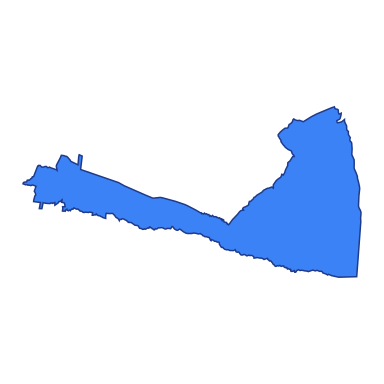 San Francisco Tetlanohcan, Tlaxcala, Mexico (Equal Earth projection)
{"feature_id": "50627088B55823705242599", "entity_name": "San Francisco Tetlanohcan", "entity_type": "district", "adm_level": 2, "iso_a3": "MEX", "parent_name": "Mexico", "parent_adm1": "Tlaxcala", "projection": "equal_earth", "projection_center": [-98.111, 19.261], "detail": "fine", "context": "isolated", "style": "filled", "palette": "blue", "viewbox_px": 384, "rotation_deg": 0, "n_neighbors": 0, "source": "geoboundaries", "source_scale": "gbopen_adm2", "svg_char_len": 5992}
<svg xmlns="http://www.w3.org/2000/svg" viewBox="0 0 384 384"><path d="M82.2,156.1L79.2,154.7L79.1,154.9L78.7,156.8L78.0,164.8L70.7,161.3L70.3,160.3L68.0,157.6L66.7,156.4L65.3,156.2L63.9,155.6L61.3,155.3L60.3,157.8L56.5,165.1L56.3,166.8L56.8,168.3L57.0,170.4L56.1,169.6L50.5,167.7L49.6,167.1L49.0,167.4L47.7,167.7L46.4,166.5L44.9,166.5L43.5,167.1L41.7,167.1L40.1,165.4L38.7,165.4L38.5,166.0L37.7,166.0L33.6,176.6L32.4,176.8L32.1,177.2L31.7,178.4L30.9,178.6L29.5,180.1L28.8,180.3L28.4,180.0L27.2,180.2L27.0,180.6L26.9,181.5L26.6,181.8L26.2,182.0L25.1,182.0L23.5,182.5L23.0,183.8L25.6,184.8L27.1,184.6L27.9,185.2L29.1,185.1L30.9,185.6L32.3,185.0L33.1,185.1L36.0,186.3L34.3,191.3L35.1,192.5L35.6,193.9L35.6,195.2L34.8,196.0L33.7,200.4L33.6,201.6L40.4,202.5L39.3,208.6L41.9,208.7L43.1,202.7L45.8,203.3L50.0,203.6L50.8,203.0L51.7,203.1L52.0,202.9L52.6,203.4L54.8,202.5L54.9,205.2L58.2,202.9L59.1,201.5L59.8,201.5L61.0,201.0L61.4,200.3L62.0,199.8L61.9,201.3L61.6,202.3L63.6,202.7L64.4,203.1L65.1,206.4L65.0,206.7L62.6,206.7L62.8,208.5L62.4,211.0L62.9,211.2L64.3,211.0L65.2,211.3L65.5,210.8L65.6,210.0L66.3,209.8L66.8,209.3L66.9,209.9L68.2,210.8L69.5,210.1L70.2,210.7L70.4,210.2L71.1,209.9L71.7,209.1L72.8,209.2L73.1,208.7L73.5,208.7L73.7,208.1L74.1,207.9L76.3,209.1L78.1,209.1L80.1,211.1L80.9,211.1L82.4,211.7L83.1,212.4L84.4,212.5L85.2,212.1L88.6,212.5L89.3,212.1L90.9,212.3L92.6,212.7L92.2,215.2L92.9,215.3L94.6,214.8L95.8,214.9L96.0,214.1L96.3,213.9L97.9,215.5L100.2,216.0L101.2,216.7L102.3,217.1L102.9,217.6L105.7,218.4L105.7,215.6L106.2,213.3L109.2,213.6L112.4,213.4L113.5,214.2L114.9,215.8L116.0,217.4L116.6,217.8L117.5,218.1L118.7,219.4L119.3,220.6L119.7,219.5L121.5,219.4L122.1,218.7L123.7,219.0L125.1,219.9L126.6,220.5L127.3,221.4L127.9,221.7L128.3,222.4L129.2,222.3L130.0,222.6L131.0,222.4L134.9,225.2L137.8,225.6L138.3,226.1L139.6,228.3L141.1,228.5L142.5,229.3L143.6,229.3L144.4,228.8L145.0,229.2L145.6,229.2L147.8,227.9L148.8,228.2L149.4,227.7L149.5,227.0L150.0,226.9L150.6,227.7L151.6,228.0L152.2,228.8L153.0,229.0L153.6,229.7L154.6,229.8L155.0,229.1L155.4,228.8L156.4,229.0L157.3,228.7L158.2,227.8L159.4,227.9L161.6,227.6L163.2,228.0L164.4,228.8L165.4,229.0L166.0,229.0L167.8,228.3L170.6,228.7L171.5,227.5L171.6,227.0L172.1,226.5L172.7,226.7L173.1,227.1L174.4,228.9L176.0,229.9L177.1,230.3L178.1,230.1L179.4,229.1L180.2,229.3L183.3,231.7L185.6,233.0L187.4,233.5L191.8,233.5L193.3,233.1L194.8,233.1L198.7,234.0L200.3,233.5L201.3,234.4L202.3,234.8L202.9,235.7L204.1,236.1L204.9,236.7L206.2,236.7L208.5,237.4L208.9,237.3L209.3,237.7L210.6,240.4L211.1,240.7L211.4,239.6L213.1,240.2L214.6,241.3L216.2,241.4L216.9,242.0L217.7,242.1L218.8,242.1L219.3,242.7L219.3,244.0L221.0,246.9L221.9,247.5L222.9,247.4L223.7,248.5L224.8,249.3L227.0,249.9L227.9,249.6L229.8,250.5L233.8,250.6L235.1,249.6L235.6,250.3L235.9,251.5L236.2,251.9L237.3,252.2L238.8,252.0L240.2,254.1L241.1,255.0L242.8,255.0L244.0,254.4L245.8,255.1L246.5,255.8L247.3,255.8L248.8,255.1L249.9,255.6L251.6,255.3L253.0,256.1L253.9,257.0L254.0,258.1L256.3,257.8L256.8,257.5L260.0,258.1L261.8,258.1L262.7,258.7L263.3,258.8L264.0,259.5L267.4,258.3L267.6,258.4L267.6,259.1L268.1,259.7L268.6,260.1L269.1,260.2L269.3,260.8L269.9,261.1L270.6,260.8L270.9,261.0L271.6,261.7L271.7,262.2L272.3,262.6L272.8,263.7L273.3,264.3L274.1,264.7L274.3,265.3L275.3,266.3L276.1,266.3L277.6,265.6L278.4,266.0L279.2,265.9L279.9,265.4L281.2,266.4L283.3,265.8L283.7,266.0L284.0,266.9L284.9,267.5L285.8,267.4L286.1,267.9L286.8,267.7L287.1,267.9L287.3,268.9L287.7,269.1L288.6,268.7L289.6,269.3L290.6,269.3L290.9,270.0L290.6,270.7L291.1,271.4L293.0,271.3L294.2,270.5L294.5,270.9L294.7,272.2L295.7,272.2L297.0,270.4L298.7,269.7L299.6,270.4L300.3,270.5L301.7,270.2L305.4,271.0L306.2,270.9L308.3,271.6L312.7,270.1L315.4,270.9L317.0,270.3L319.7,271.4L321.5,271.2L322.3,271.9L322.7,272.8L326.2,274.1L327.7,275.0L328.5,274.3L331.8,275.7L338.7,277.2L356.7,276.7L360.8,221.9L360.6,217.9L360.9,215.0L361.0,212.3L360.3,210.2L359.2,208.3L358.7,207.0L358.5,205.5L358.9,196.0L359.7,188.7L359.5,186.7L358.5,182.1L357.4,178.0L357.4,176.5L356.2,173.1L354.4,169.1L354.1,167.7L354.2,163.0L354.1,159.8L351.8,154.6L352.1,148.8L351.7,143.1L351.4,142.2L350.2,141.2L349.8,139.3L350.3,137.7L348.5,134.8L348.3,132.8L348.4,131.5L346.7,129.7L346.6,125.9L344.7,122.0L344.5,121.1L344.5,119.5L341.6,121.9L337.7,122.8L337.2,122.5L336.9,121.4L336.9,120.6L339.6,119.2L340.2,118.2L341.0,115.2L341.2,113.2L339.3,114.1L339.0,114.0L338.4,112.4L338.2,109.9L337.7,109.4L335.6,108.9L335.0,108.6L334.4,106.8L331.2,107.9L316.6,114.0L311.4,116.7L303.3,121.7L299.4,120.3L297.5,120.6L295.2,119.9L293.8,118.9L293.0,119.6L292.5,121.5L291.8,122.5L290.8,123.5L289.1,124.5L288.0,127.7L287.3,128.1L285.0,128.2L282.5,130.1L280.4,132.0L278.2,134.6L278.2,136.0L279.0,137.1L279.5,138.3L280.9,140.1L281.0,141.7L283.2,144.8L284.5,146.2L285.3,147.3L288.2,149.5L291.3,150.9L292.2,153.6L293.2,154.9L293.8,155.3L294.2,156.5L292.7,156.6L290.0,160.9L287.9,162.6L287.6,165.8L285.6,169.7L284.6,172.9L283.2,175.1L282.0,174.3L281.7,174.3L281.5,175.6L280.7,177.3L278.5,178.7L276.3,180.5L273.4,184.7L273.2,186.5L273.4,187.3L273.3,188.1L271.8,187.1L271.4,187.1L269.0,188.1L267.4,188.3L263.5,190.3L261.9,192.2L256.9,195.2L255.0,197.1L254.1,197.3L252.8,199.5L251.7,200.2L250.5,201.5L249.4,201.4L248.8,203.3L248.6,205.0L245.8,206.6L243.4,207.6L242.7,208.6L242.7,209.4L243.4,209.7L243.6,210.1L241.1,210.5L239.7,211.6L237.5,214.4L232.5,219.6L229.1,224.3L228.5,224.8L227.7,223.9L227.3,224.1L226.7,223.4L226.6,222.5L224.1,222.0L223.6,219.9L222.7,219.4L222.1,220.6L221.5,219.8L221.4,218.8L220.3,218.9L219.7,217.8L218.5,218.1L217.5,217.4L216.9,217.5L216.1,216.7L213.6,216.7L212.6,215.4L211.3,216.4L210.2,215.6L209.7,216.1L208.8,214.5L207.9,214.8L206.6,213.8L205.3,214.0L204.5,213.1L203.4,214.0L202.7,213.5L201.7,213.8L201.2,212.7L200.4,212.8L195.5,209.9L187.2,205.6L184.7,204.5L175.3,201.3L163.2,198.0L160.3,197.4L153.0,198.2L145.7,195.2L124.3,185.8L118.6,182.6L80.6,169.5L82.2,156.1Z" fill="#3b82f6" stroke="#1e3a8a" stroke-width="1.5"/></svg>